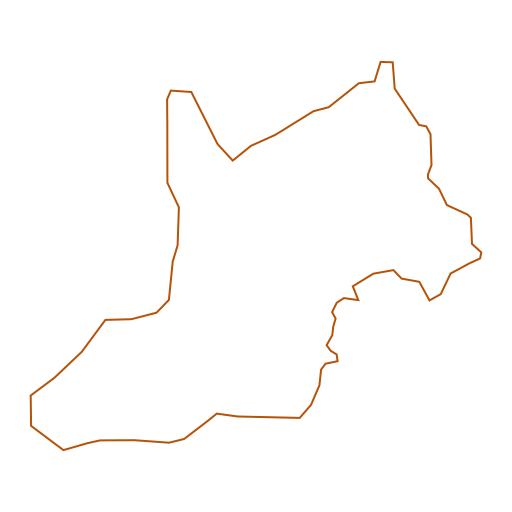 Takeita, Zinder, Niger
{"feature_id": "23599985B25575457251727", "entity_name": "Takeita", "entity_type": "district", "adm_level": 2, "iso_a3": "NER", "parent_name": "Niger", "parent_adm1": "Zinder", "projection": "equal_earth", "projection_center": [8.795, 13.951], "detail": "fine", "context": "isolated", "style": "outline", "palette": "amber", "viewbox_px": 512, "rotation_deg": 0, "n_neighbors": 0, "source": "geoboundaries", "source_scale": "gbopen_adm2", "svg_char_len": 1024}
<svg xmlns="http://www.w3.org/2000/svg" viewBox="0 0 512 512"><path d="M63.4,450.1L87.0,443.3L100.0,440.4L134.4,440.2L169.0,442.7L184.1,439.0L208.0,420.7L216.8,413.6L218.7,413.9L237.8,416.5L299.7,417.9L311.0,404.9L319.4,385.4L321.1,369.6L325.5,363.7L337.6,361.2L336.6,354.4L330.7,350.8L326.6,345.2L332.3,335.1L333.2,326.9L335.6,318.6L332.1,312.1L336.7,302.8L343.9,298.1L358.3,300.1L352.8,286.3L373.3,273.7L393.4,270.1L401.6,278.6L419.3,281.8L429.5,300.4L440.8,294.1L450.6,273.5L468.9,263.6L480.1,258.4L481.3,252.4L472.0,243.9L470.9,217.8L467.4,214.5L446.9,205.1L439.0,188.7L428.1,178.4L427.9,174.6L431.5,165.1L430.5,134.2L426.2,126.3L419.1,125.0L394.7,88.6L392.7,62.3L380.6,61.9L374.6,81.4L358.9,83.2L328.7,107.2L313.5,111.2L275.4,134.8L251.0,145.8L232.7,160.6L217.5,144.0L191.3,92.0L170.8,90.6L167.1,99.4L167.3,123.5L167.4,182.8L178.9,207.3L177.6,245.3L172.7,261.7L168.9,299.9L156.5,312.7L131.3,319.2L105.4,319.9L81.7,351.9L54.5,377.7L30.7,395.5L31.1,425.9L63.4,450.1Z" fill="none" stroke="#b45309" stroke-width="2"/></svg>